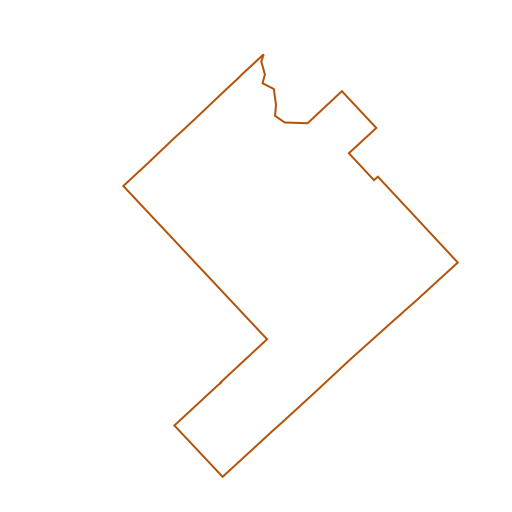 outline of Bonner, Idaho, United States of America, rotated 227°
{"feature_id": "52423323B26002580229088", "entity_name": "Bonner", "entity_type": "district", "adm_level": 2, "iso_a3": "USA", "parent_name": "United States of America", "parent_adm1": "Idaho", "projection": "equal_earth", "projection_center": [-116.598, 48.369], "detail": "fine", "context": "isolated", "style": "outline", "palette": "amber", "viewbox_px": 512, "rotation_deg": 227, "n_neighbors": 0, "source": "geoboundaries", "source_scale": "gbopen_adm2", "svg_char_len": 824}
<svg xmlns="http://www.w3.org/2000/svg" viewBox="0 0 512 512"><g transform="rotate(227 256 256)"><path d="M397.9,311.5L397.8,303.7L397.9,299.1L397.8,290.1L398.0,277.2L397.6,239.2L397.7,214.4L397.7,206.7L187.6,207.3L187.7,143.9L187.2,143.9L187.5,139.3L187.7,80.7L117.3,81.0L117.0,116.2L116.8,150.2L116.5,160.5L116.5,163.4L116.1,207.5L116.1,233.0L116.1,235.6L116.1,254.6L114.9,314.5L114.6,323.1L114.6,324.3L114.6,324.6L114.6,325.4L114.7,325.7L114.6,326.9L114.1,344.9L114.0,359.4L113.9,374.1L113.6,399.1L212.2,399.2L230.9,399.2L231.0,394.0L267.8,394.0L267.6,431.3L318.0,431.2L317.9,384.3L334.0,368.1L345.5,365.5L353.0,373.8L366.0,382.9L377.9,378.6L382.7,386.3L394.6,392.5L398.3,399.2L398.3,390.9L398.4,368.8L398.2,366.4L398.1,362.5L398.2,358.4L398.2,345.0L397.9,311.5Z" fill="none" stroke="#b45309" stroke-width="2"/></g></svg>